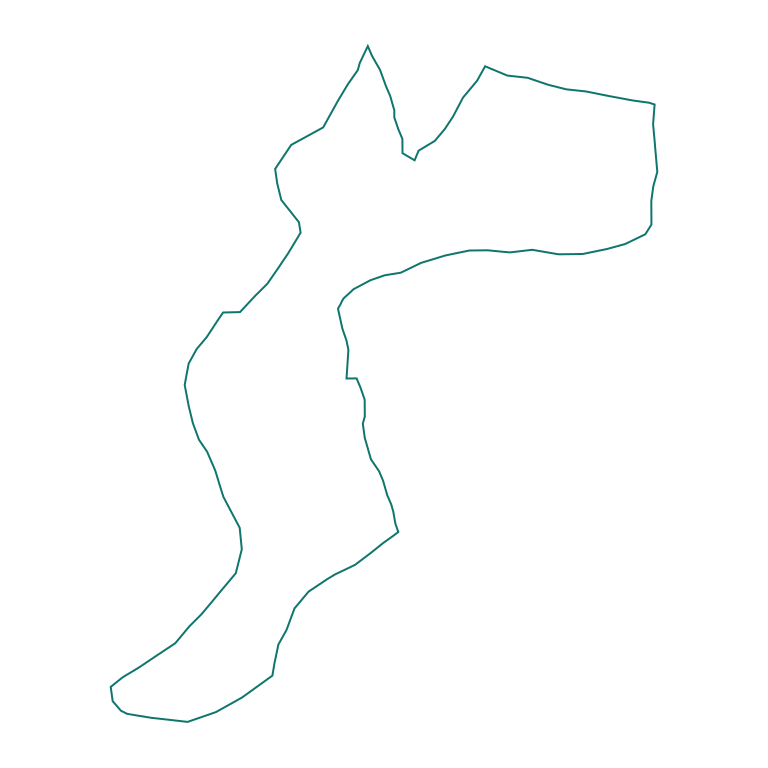 outline of Esan Central, Edo, Nigeria
{"feature_id": "59680162B14396821090751", "entity_name": "Esan Central", "entity_type": "district", "adm_level": 2, "iso_a3": "NGA", "parent_name": "Nigeria", "parent_adm1": "Edo", "projection": "natural_earth1", "projection_center": [6.254, 6.706], "detail": "fine", "context": "isolated", "style": "outline", "palette": "teal", "viewbox_px": 768, "rotation_deg": 0, "n_neighbors": 0, "source": "geoboundaries", "source_scale": "gbopen_adm2", "svg_char_len": 2118}
<svg xmlns="http://www.w3.org/2000/svg" viewBox="0 0 768 768"><path d="M367.8,46.1L359.8,62.9L357.8,70.1L347.7,84.5L342.8,92.7L337.6,101.4L323.2,127.4L291.2,144.9L275.1,169.0L275.3,170.1L277.2,183.3L281.3,200.0L298.9,222.2L300.6,232.7L291.6,247.6L288.1,253.4L288.0,253.6L284.1,259.3L277.4,269.3L267.3,283.8L255.2,295.8L240.0,312.1L223.1,312.5L217.5,320.7L206.8,337.0L196.7,349.0L188.7,363.5L186.7,374.0L184.7,385.0L188.8,406.5L192.9,423.2L199.0,439.8L207.1,451.7L215.3,470.7L219.1,483.2L223.4,496.9L237.1,522.9L239.7,527.8L241.8,549.3L235.8,573.2L219.6,592.5L211.6,602.2L201.5,614.2L189.4,626.3L175.3,643.2L157.1,655.3L138.9,667.5L122.8,677.2L110.7,686.9L112.7,701.2L120.9,710.7L125.7,713.1L127.3,713.9L151.2,717.8L167.5,719.6L187.6,721.9L215.9,712.1L242.2,697.4L272.4,675.6L274.4,663.6L278.4,644.5L286.5,630.0L294.5,608.4L308.6,591.6L326.8,579.4L334.9,574.5L355.1,564.8L371.2,552.6L383.3,542.9L393.4,535.7L398.3,532.0L395.4,523.7L393.3,511.8L391.3,504.6L387.2,495.1L383.1,480.8L379.1,471.3L371.0,459.4L369.0,452.6L366.9,445.2L364.8,438.0L362.8,423.7L364.8,416.5L364.8,416.2L364.7,402.3L364.7,399.8L360.6,387.9L356.6,378.4L346.5,378.5L347.1,369.8L348.4,349.8L346.4,340.2L343.5,331.9L342.3,328.3L338.0,308.7L341.0,303.4L341.8,301.4L343.6,298.4L353.7,289.1L370.5,280.2L384.6,275.3L400.8,272.7L421.0,262.9L427.3,261.0L443.0,256.2L445.2,255.5L446.7,255.2L462.1,252.0L465.6,251.3L469.5,250.5L487.7,250.3L505.2,252.0L505.6,252.0L509.9,252.4L515.2,251.8L532.2,249.8L558.5,254.3L567.2,254.2L582.7,254.0L607.0,249.0L625.2,244.0L627.9,242.7L645.4,234.2L651.4,224.6L651.4,217.4L651.3,200.7L651.6,198.7L653.3,186.3L657.3,171.9L655.1,146.9L654.7,141.8L653.6,129.8L653.1,124.2L654.6,104.5L649.0,102.7L632.9,100.5L609.8,96.2L609.6,96.2L608.6,96.0L586.3,91.5L566.1,89.3L547.9,84.7L527.6,77.8L507.7,75.6L507.4,75.6L485.1,66.3L481.1,73.5L477.1,80.7L463.0,97.6L452.9,116.8L444.9,128.9L434.8,140.9L427.3,145.4L418.6,150.7L414.6,160.3L411.0,158.2L402.5,153.2L402.4,138.9L398.4,129.4L394.3,117.5L394.3,110.3L390.2,96.0L386.1,86.5L380.0,69.8L376.9,64.4L375.9,62.7L371.9,55.6L367.8,46.1Z" fill="none" stroke="#0f766e" stroke-width="2"/></svg>